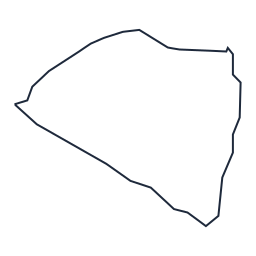 Barnard Hill, Castries, Saint Lucia
{"feature_id": "8701671B17450854784889", "entity_name": "Barnard Hill", "entity_type": "district", "adm_level": 2, "iso_a3": "LCA", "parent_name": "Saint Lucia", "parent_adm1": "Castries", "projection": "natural_earth1", "projection_center": [-60.989, 14.014], "detail": "fine", "context": "isolated", "style": "outline", "palette": "slate", "viewbox_px": 256, "rotation_deg": 0, "n_neighbors": 0, "source": "geoboundaries", "source_scale": "gbopen_adm2", "svg_char_len": 551}
<svg xmlns="http://www.w3.org/2000/svg" viewBox="0 0 256 256"><path d="M227.8,47.9L226.3,51.5L211.7,50.8L179.5,49.5L172.1,48.3L167.8,47.5L162.1,44.0L139.3,29.9L123.9,31.7L122.6,31.9L104.2,37.8L101.3,39.0L90.8,43.6L84.2,48.0L79.1,51.5L49.0,71.0L34.0,85.1L32.3,86.7L27.3,100.4L15.4,104.0L15.5,105.1L36.8,124.3L106.4,163.9L130.5,180.9L150.8,187.6L174.0,209.1L187.5,212.5L197.3,219.7L205.9,226.1L218.4,215.9L222.3,177.5L232.9,152.6L232.9,134.5L239.7,117.5L240.6,82.5L232.9,74.6L232.9,54.2L227.8,47.9Z" fill="none" stroke="#1e293b" stroke-width="2"/></svg>